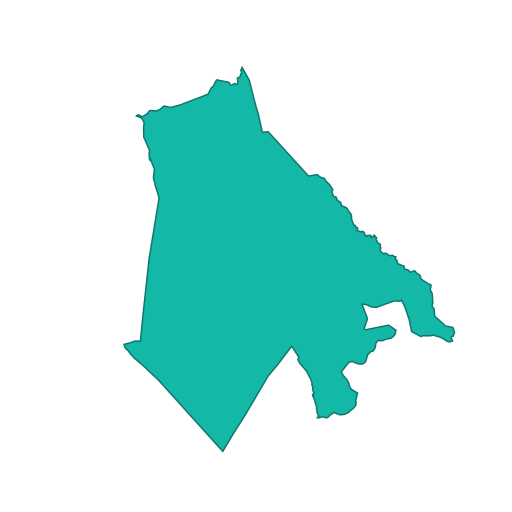 outline of San Francisco Telixtlahuaca, Oaxaca, Mexico, rotated 158°
{"feature_id": "50627088B991618938085", "entity_name": "San Francisco Telixtlahuaca", "entity_type": "district", "adm_level": 2, "iso_a3": "MEX", "parent_name": "Mexico", "parent_adm1": "Oaxaca", "projection": "natural_earth1", "projection_center": [-96.95, 17.367], "detail": "fine", "context": "isolated", "style": "filled", "palette": "teal", "viewbox_px": 512, "rotation_deg": 158, "n_neighbors": 0, "source": "geoboundaries", "source_scale": "gbopen_adm2", "svg_char_len": 6044}
<svg xmlns="http://www.w3.org/2000/svg" viewBox="0 0 512 512"><g transform="rotate(158 256 256)"><path d="M360.0,87.3L347.4,96.8L346.5,97.6L324.8,113.2L289.5,140.3L277.0,146.9L256.7,159.0L256.2,156.7L256.1,156.2L254.3,146.7L254.1,146.3L254.1,146.1L255.9,144.4L256.0,144.1L255.5,139.8L252.3,130.5L251.8,125.0L251.5,122.7L251.4,120.5L251.6,117.2L252.0,116.7L252.5,114.9L252.4,113.1L253.1,111.7L253.5,111.1L253.6,109.6L253.6,107.2L254.7,105.7L255.4,106.4L255.7,105.7L255.8,104.0L255.5,102.3L255.9,98.6L255.8,97.8L256.3,96.4L256.0,95.7L256.4,93.4L257.2,91.5L257.0,90.0L257.8,89.0L258.0,88.0L257.9,84.0L259.5,83.2L260.4,83.3L258.0,82.3L256.2,82.3L254.8,82.1L253.1,81.0L251.5,79.5L250.2,79.5L248.8,79.9L246.4,80.8L243.9,81.3L242.1,81.6L240.1,79.4L237.5,77.2L233.1,76.0L228.9,76.3L226.0,77.4L222.3,78.5L219.4,80.2L218.4,81.9L217.9,83.4L217.8,84.4L214.7,88.9L213.9,89.9L213.2,90.7L213.3,91.1L215.4,93.7L216.8,95.7L218.0,98.2L218.1,100.7L217.6,103.0L217.7,104.9L218.0,107.1L218.4,108.3L218.9,109.2L219.2,110.9L219.7,111.9L220.4,116.6L210.0,122.5L207.9,122.5L206.0,122.0L203.9,119.7L202.9,118.9L201.7,117.8L199.3,116.5L196.6,116.0L193.7,117.1L192.2,119.1L190.5,121.2L190.0,122.1L189.0,122.8L186.9,123.6L185.8,124.2L184.3,124.5L183.5,123.9L181.9,124.7L180.4,125.8L179.1,127.4L177.9,129.7L176.3,131.2L175.1,131.7L173.4,131.6L172.6,130.8L169.5,130.0L167.0,130.3L164.6,129.8L161.3,129.2L158.6,130.1L156.6,131.1L154.9,133.4L154.0,134.8L159.0,142.2L170.3,144.3L182.0,146.5L183.0,148.1L176.4,155.7L176.1,156.5L175.7,172.3L175.2,171.2L174.0,170.9L171.5,169.2L168.1,165.6L163.6,163.2L157.0,163.1L150.4,162.8L146.9,162.7L143.6,162.3L142.1,161.4L140.3,160.5L139.2,160.2L137.7,160.7L137.0,153.0L137.8,139.6L140.0,127.6L133.3,119.5L131.3,119.6L124.2,116.7L121.0,116.2L118.4,113.8L116.4,112.5L113.2,109.0L110.8,105.3L108.8,103.9L105.6,103.5L105.7,107.3L104.3,108.1L103.2,107.8L100.6,110.7L100.2,116.0L106.6,120.2L112.8,133.4L110.7,140.3L111.6,143.7L109.8,146.0L108.2,150.5L106.7,155.0L107.1,159.5L105.8,161.3L104.7,163.0L104.8,164.0L106.9,165.8L108.5,168.6L109.5,169.6L109.6,169.8L111.5,172.7L111.5,173.6L111.2,175.5L111.4,177.1L113.7,180.3L114.1,182.5L116.4,183.3L118.2,182.8L119.2,183.7L119.8,185.3L120.5,186.3L121.7,187.1L122.9,187.9L123.0,189.6L122.5,191.2L122.8,191.6L123.5,192.0L125.4,193.7L126.1,194.7L127.1,195.0L127.5,195.9L127.0,198.9L127.1,199.7L127.6,200.5L128.0,200.8L128.0,201.3L127.7,201.8L127.5,202.0L126.6,202.9L128.1,203.7L128.9,205.0L129.3,205.7L131.2,205.9L133.4,207.8L133.8,209.3L135.2,210.2L136.7,210.2L137.9,212.0L138.0,212.1L138.8,213.9L138.9,215.1L138.6,215.5L138.0,215.8L137.5,216.3L137.3,216.6L137.2,218.4L136.6,219.4L136.5,220.1L136.5,220.7L137.7,221.7L138.2,222.7L138.2,223.8L138.3,224.6L138.7,225.6L138.6,226.1L138.2,226.9L137.4,227.4L137.5,228.1L137.9,228.8L138.3,230.7L138.7,231.0L139.0,231.1L139.4,230.1L139.9,230.1L141.9,229.7L142.2,229.8L142.3,230.2L141.8,231.6L141.7,232.0L144.5,233.2L145.2,233.3L145.6,232.9L146.1,232.7L146.6,232.9L146.6,233.7L146.8,234.5L147.2,234.9L147.2,235.5L146.8,236.7L146.9,237.4L147.2,238.1L147.6,238.4L148.1,238.8L148.5,239.1L149.0,239.2L149.6,239.2L150.3,239.5L151.6,240.8L152.3,241.1L152.7,241.4L152.7,241.9L152.3,242.8L151.8,242.8L151.5,243.4L151.3,244.1L151.4,244.3L152.7,245.4L152.6,246.2L152.6,247.0L152.9,247.5L153.2,247.7L153.3,247.7L153.6,247.7L153.7,248.5L153.7,253.7L152.1,258.7L153.5,263.7L153.6,265.8L154.6,267.5L155.6,268.5L157.7,270.3L157.5,273.9L159.8,277.4L159.7,280.6L161.8,282.4L161.6,287.2L160.0,288.6L161.0,294.5L163.3,299.6L163.5,302.2L166.7,304.9L167.7,306.3L168.1,307.8L169.1,308.6L177.3,310.4L186.7,335.7L198.2,366.7L203.8,368.3L200.7,386.7L199.9,395.3L198.2,408.5L196.4,421.1L198.2,436.0L200.6,433.8L200.5,433.5L200.5,433.1L200.4,432.3L200.4,432.0L200.5,431.7L200.6,431.4L200.9,431.1L201.8,430.5L202.2,430.2L202.4,430.0L202.5,429.8L202.9,429.0L203.1,428.8L203.5,428.4L203.8,428.2L204.1,428.1L204.5,428.0L204.9,427.9L205.8,428.1L206.1,428.1L206.3,428.0L206.5,427.8L206.7,427.7L206.8,427.5L206.8,427.3L207.0,426.3L207.2,425.1L207.3,424.7L207.4,424.4L208.4,422.8L208.6,422.6L208.9,422.4L209.1,422.3L209.3,422.3L209.5,422.4L209.8,422.5L210.0,422.7L210.7,423.4L210.9,423.7L211.1,423.8L211.4,423.9L211.6,423.9L211.9,423.9L214.0,423.5L214.3,423.4L214.7,423.5L215.1,423.7L215.4,423.9L215.6,424.2L215.7,424.6L215.8,425.0L215.8,425.4L215.7,425.9L215.7,426.3L215.8,426.6L215.9,426.9L216.0,427.1L216.3,427.3L221.2,430.6L224.4,432.5L224.7,432.8L224.9,433.0L225.4,433.5L225.7,433.7L225.8,433.8L226.2,433.9L226.3,433.9L226.7,433.8L226.8,433.8L227.1,433.6L229.4,431.8L229.7,431.5L230.2,431.1L231.3,429.9L231.7,429.6L232.2,429.2L232.4,429.1L232.8,429.1L233.8,429.0L234.0,428.9L234.9,428.3L239.8,424.0L254.7,424.2L270.0,424.5L279.6,425.7L282.9,428.1L285.2,429.5L286.6,429.2L287.2,428.9L288.2,428.5L288.6,428.3L290.0,428.0L290.5,427.9L291.0,427.9L292.9,427.8L294.3,428.0L295.4,428.4L296.5,429.0L299.5,430.5L300.2,430.6L300.4,430.5L300.7,430.4L301.5,430.0L302.6,429.2L303.1,428.9L303.7,428.7L305.3,428.3L307.4,427.9L308.1,427.8L308.5,427.7L309.0,427.8L309.3,427.9L309.5,428.0L310.4,429.1L311.9,430.7L312.1,430.8L312.4,431.0L312.6,431.1L313.0,431.1L313.3,431.1L313.5,431.0L313.7,430.9L314.3,430.6L314.5,430.5L314.1,430.2L313.8,430.0L313.2,429.6L311.9,428.4L311.6,427.9L311.3,427.5L311.0,427.2L310.7,426.8L310.2,425.8L310.0,425.1L310.0,424.7L309.9,424.2L310.0,423.4L309.9,422.9L309.7,421.7L311.3,418.7L312.2,417.0L315.5,408.3L315.4,404.3L315.1,393.6L316.2,392.0L316.6,391.1L317.3,389.4L318.1,386.9L318.4,386.0L318.3,385.0L318.3,384.9L318.0,385.2L317.6,385.3L317.7,374.5L321.8,367.0L322.0,366.0L322.3,364.4L322.4,362.9L322.3,362.4L322.3,361.8L322.9,359.9L323.2,357.0L323.4,355.9L323.3,354.8L323.3,354.0L324.2,346.0L334.1,329.7L349.3,304.8L349.5,304.3L349.8,303.8L355.8,294.1L377.5,253.7L383.6,242.2L395.3,220.0L397.6,221.6L399.1,222.0L400.3,222.6L405.1,222.6L411.5,223.5L411.8,220.5L411.4,219.2L411.1,218.0L410.5,217.1L409.8,215.5L409.7,214.7L408.9,211.8L407.3,207.3L404.8,202.6L404.2,201.2L402.4,198.2L398.3,189.1L393.1,178.0L360.0,87.3Z" fill="#14b8a6" stroke="#0f766e" stroke-width="1.5"/></g></svg>